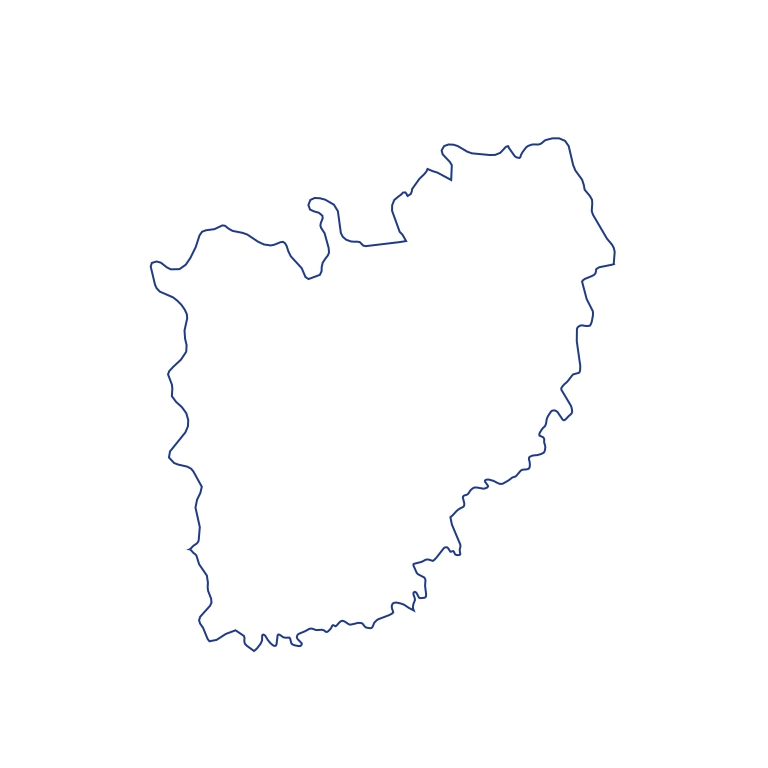 Luhans'k, Equal Earth projection, rotated 244°
{"feature_id": "UKR-329", "entity_name": "Luhans'k", "entity_type": "Region", "adm_level": 1, "iso_a3": "UKR", "parent_name": "Ukraine", "parent_adm1": "", "projection": "equal_earth", "projection_center": [38.683, 48.937], "detail": "fine", "context": "isolated", "style": "outline", "palette": "blue", "viewbox_px": 768, "rotation_deg": 244, "n_neighbors": 0, "source": "natural_earth", "source_scale": "10m", "svg_char_len": 6166}
<svg xmlns="http://www.w3.org/2000/svg" viewBox="0 0 768 768"><g transform="rotate(244 384 384)"><path d="M232.3,113.7L244.2,114.5L249.3,113.7L252.7,114.2L255.4,116.8L260.9,130.4L263.1,133.1L266.9,134.5L275.1,135.2L278.4,136.3L282.7,138.7L289.5,140.8L303.0,138.8L312.2,140.2L314.0,139.6L315.6,138.7L320.2,137.4L320.6,136.8L320.6,137.4L322.2,142.0L322.7,145.8L323.7,147.9L324.9,149.0L336.1,155.7L355.6,160.4L362.0,165.3L366.5,171.1L371.5,175.2L389.2,174.3L392.4,173.5L395.9,171.0L401.8,163.7L405.0,160.7L412.2,158.5L417.2,162.1L427.6,184.3L431.9,189.2L437.3,192.2L444.4,193.5L451.8,192.2L459.0,189.3L466.0,188.0L472.8,191.8L476.4,193.1L487.3,194.1L489.7,196.6L491.8,202.0L494.9,212.2L499.7,220.4L505.4,223.6L512.0,225.1L519.6,228.2L529.3,235.9L533.2,237.4L538.2,237.5L544.0,236.6L549.6,234.7L554.3,232.4L565.3,223.0L569.8,221.6L573.5,221.7L591.8,225.8L594.6,228.4L593.8,233.3L590.9,236.6L583.8,240.1L580.5,242.7L576.9,250.5L578.1,258.1L582.1,265.1L589.6,274.8L598.4,283.3L600.6,287.2L600.2,291.4L597.5,299.5L597.4,308.2L596.0,310.4L591.6,312.5L588.0,315.0L581.8,323.2L578.2,326.7L567.2,333.1L562.1,337.2L558.2,342.9L557.3,346.3L556.8,353.2L556.0,355.6L553.8,356.8L550.9,357.0L545.3,356.2L539.6,356.2L524.2,360.8L514.6,360.3L511.4,362.2L510.2,374.2L512.7,377.3L516.6,379.4L520.0,382.2L522.5,386.5L524.1,389.8L526.2,392.2L530.6,393.9L545.6,396.7L552.1,395.9L554.3,396.3L556.3,397.7L559.9,401.6L562.3,402.4L566.4,400.6L569.7,396.9L573.2,394.0L578.0,394.5L581.7,398.5L581.6,403.2L579.0,407.9L575.4,412.0L567.1,417.6L559.5,418.3L538.6,411.4L534.3,411.5L530.2,413.3L526.5,416.9L525.0,419.5L523.7,422.2L522.2,424.4L517.5,426.0L515.9,428.0L504.6,460.5L502.8,466.5L510.0,466.1L513.8,464.8L536.2,467.2L541.1,469.7L544.9,473.9L546.4,480.2L546.6,481.9L547.7,485.0L546.9,487.1L545.2,487.6L543.4,487.5L542.6,487.7L543.1,491.4L544.9,493.4L546.9,494.7L552.9,505.8L554.9,512.0L556.4,515.3L558.2,517.4L554.0,521.0L550.7,524.6L537.9,533.8L551.0,540.9L554.8,540.5L564.7,537.4L568.7,538.2L571.5,542.3L571.0,547.0L568.6,551.4L565.4,554.7L556.4,560.6L552.8,564.1L543.4,579.5L541.2,584.3L540.8,589.9L543.7,597.4L543.5,599.7L543.0,600.0L541.7,599.7L531.4,601.4L529.4,602.6L527.8,604.9L528.2,606.1L529.8,607.5L531.7,610.2L534.4,615.5L534.8,617.9L534.4,621.7L533.7,623.6L531.7,627.4L531.2,629.5L531.3,631.2L532.2,634.6L532.4,636.1L531.0,643.0L528.0,649.1L523.2,653.3L516.9,654.3L497.9,650.0L492.1,649.6L480.7,651.6L475.1,650.8L470.7,649.5L462.6,651.5L458.3,651.7L454.9,650.3L448.5,646.6L444.7,646.0L417.0,648.1L409.4,650.0L405.6,650.2L401.7,649.3L391.5,643.3L391.0,643.3L391.3,641.1L394.6,628.6L394.2,625.1L391.7,623.4L390.8,622.5L390.0,620.7L389.9,618.5L390.4,610.5L390.0,608.3L389.2,606.9L371.5,603.4L358.0,603.6L356.2,603.0L353.8,601.7L349.0,598.1L347.2,596.3L346.2,594.8L346.7,592.8L347.1,591.9L348.1,590.2L349.8,587.9L350.2,586.9L350.5,585.6L350.2,583.5L349.6,582.3L348.8,581.5L337.9,576.0L314.1,568.3L310.1,566.1L309.1,565.1L308.6,564.1L309.7,558.3L309.2,556.8L306.3,551.0L305.4,548.7L304.8,546.2L303.9,543.9L302.9,542.0L302.0,541.2L301.0,540.9L282.1,542.5L279.2,541.9L276.7,541.0L275.7,540.1L275.1,539.3L274.2,536.0L272.5,531.5L272.5,529.9L272.9,529.4L274.0,528.9L282.6,527.7L284.1,527.0L285.4,525.9L286.1,524.3L286.3,523.0L285.9,521.8L283.3,517.4L281.4,515.1L277.4,512.3L275.6,510.4L274.7,507.5L273.9,505.8L271.9,502.6L270.5,501.4L269.4,501.1L266.8,503.4L266.0,503.8L265.0,503.9L263.9,503.7L261.5,502.4L257.9,501.8L256.3,501.2L253.8,499.5L252.8,498.4L252.2,497.3L252.2,495.5L252.3,493.7L252.9,490.7L254.4,486.6L254.7,484.8L254.5,482.5L253.8,481.8L252.9,481.3L250.0,480.7L247.6,479.8L245.6,478.6L244.8,477.7L244.4,476.7L244.7,474.9L246.2,471.0L246.3,469.7L245.9,468.2L243.2,462.0L243.7,458.3L242.8,454.0L242.3,447.1L242.9,445.3L243.6,444.2L244.7,443.1L249.0,439.9L252.0,436.5L253.0,434.6L253.2,433.1L252.7,432.3L251.9,432.0L247.2,432.8L246.3,432.6L245.7,431.3L245.8,429.3L246.3,427.5L250.2,422.2L251.1,420.4L251.4,419.2L251.2,417.5L250.5,415.0L248.8,412.3L248.2,410.7L248.2,409.4L248.5,408.3L248.6,406.7L248.2,405.7L247.4,405.1L241.4,403.8L239.8,402.9L239.1,402.1L238.8,401.1L238.8,397.6L238.6,395.9L238.0,393.5L235.8,387.9L235.2,385.3L227.9,383.4L206.6,382.2L205.4,381.9L204.2,381.3L202.4,379.8L201.1,379.0L197.6,378.0L197.3,377.3L197.4,376.4L198.2,374.6L198.8,373.9L199.5,373.4L200.4,373.2L202.6,373.3L203.4,373.0L203.7,372.3L203.9,370.7L204.2,370.1L208.1,369.7L208.9,369.4L209.7,368.9L210.3,367.5L210.4,366.2L205.0,355.1L203.9,352.2L203.6,350.3L206.7,347.1L207.6,345.3L207.8,344.3L207.6,340.9L207.8,339.0L209.1,332.8L209.2,331.6L208.5,331.1L207.6,330.9L199.8,330.6L198.1,331.2L192.4,335.4L190.6,335.5L189.6,335.3L184.5,332.4L176.3,329.6L174.7,328.6L174.2,327.7L174.1,326.7L175.6,322.8L176.1,322.1L176.9,321.8L182.1,321.6L183.0,321.2L183.7,320.6L183.6,319.2L182.8,318.6L181.7,318.2L178.3,317.8L176.3,317.2L173.5,314.1L171.3,312.5L169.6,311.7L167.4,311.5L172.0,308.1L177.0,305.2L179.5,302.7L182.3,299.1L182.8,297.4L182.9,296.1L182.7,295.4L181.6,294.1L180.9,293.5L178.8,292.8L175.6,292.4L174.6,292.1L174.1,290.3L174.0,287.4L175.1,275.3L174.8,273.7L173.7,270.6L170.7,267.2L170.2,265.9L170.4,265.0L170.8,264.1L173.0,261.1L174.7,260.3L177.5,259.8L178.5,259.4L179.5,258.2L180.7,255.9L181.5,252.0L182.4,248.4L183.0,247.5L183.7,246.9L187.6,244.6L188.5,243.9L189.5,242.6L189.7,241.7L189.5,240.0L187.6,235.3L187.6,234.1L189.3,232.9L189.6,232.3L189.5,231.6L187.5,229.0L186.3,225.6L186.1,224.4L186.6,223.2L188.8,222.1L189.7,221.3L190.5,220.1L192.2,215.9L192.9,214.8L195.2,212.6L196.2,211.2L196.7,209.2L196.5,207.3L196.4,204.4L196.8,197.8L196.6,196.8L196.2,196.1L195.2,195.0L194.4,194.6L193.4,194.5L192.4,194.6L187.3,196.3L186.5,196.3L185.8,195.6L185.2,194.4L185.4,193.4L185.8,192.5L188.0,189.5L190.0,187.6L190.7,187.2L191.7,187.1L196.2,188.0L197.5,187.8L199.2,184.2L200.3,182.7L201.0,182.1L203.5,180.9L205.0,179.6L205.1,178.9L204.7,178.2L196.9,173.1L196.2,171.9L196.7,170.6L197.7,169.7L200.9,168.3L204.6,167.4L209.8,166.9L210.7,166.5L211.6,165.8L211.8,165.0L211.4,164.3L207.0,162.0L204.8,159.5L201.9,153.7L201.0,150.1L209.2,145.8L211.5,145.1L213.6,145.5L217.0,147.3L218.9,147.7L227.7,142.6L228.7,132.3L227.4,121.3L229.3,114.3L232.3,113.7Z" fill="none" stroke="#1e3a8a" stroke-width="2"/></g></svg>